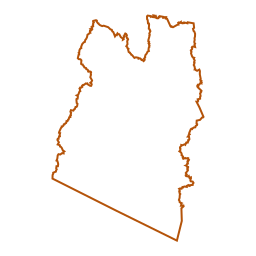 outline of Snowy Monaro, New South Wales, Australia
{"feature_id": "25037944B85069153423068", "entity_name": "Snowy Monaro", "entity_type": "district", "adm_level": 2, "iso_a3": "AUS", "parent_name": "Australia", "parent_adm1": "New South Wales", "projection": "natural_earth1", "projection_center": [149.043, -36.421], "detail": "fine", "context": "isolated", "style": "outline", "palette": "amber", "viewbox_px": 256, "rotation_deg": 0, "n_neighbors": 0, "source": "geoboundaries", "source_scale": "gbopen_adm2", "svg_char_len": 5656}
<svg xmlns="http://www.w3.org/2000/svg" viewBox="0 0 256 256"><path d="M201.5,90.8L197.7,87.2L197.8,86.7L197.2,86.0L197.4,85.6L198.2,85.9L198.1,84.7L199.3,84.6L200.1,83.3L201.3,83.4L201.1,82.9L201.6,82.5L200.8,81.4L201.4,80.9L200.2,79.8L200.7,78.9L199.8,74.2L199.9,71.1L199.3,69.6L197.1,70.8L195.6,70.0L195.3,69.2L194.7,69.3L194.9,68.5L194.5,66.3L193.8,65.3L193.8,64.6L194.4,63.7L194.1,62.7L194.5,62.3L194.2,61.6L194.7,60.4L193.7,58.8L194.2,57.8L193.1,57.5L192.2,56.6L191.0,53.2L191.5,51.9L191.1,51.4L191.2,50.7L190.9,50.3L192.1,49.1L192.2,48.2L191.8,47.6L192.2,46.8L193.3,46.5L195.1,47.0L194.5,44.6L195.1,43.7L194.4,42.8L194.3,41.5L194.7,39.9L194.5,38.2L195.0,36.5L195.1,33.8L194.3,31.5L193.6,31.0L193.0,28.8L194.1,27.8L193.6,23.3L187.7,22.3L187.5,23.3L184.2,22.5L184.1,23.1L182.3,23.3L181.8,23.1L181.9,22.8L180.8,22.6L180.8,22.0L180.2,22.4L180.3,22.7L178.7,22.4L178.3,22.7L178.8,23.3L178.4,23.4L178.4,24.5L178.1,24.4L173.0,27.2L171.2,26.8L171.3,26.2L170.4,26.1L167.1,18.8L165.9,18.6L166.2,17.1L163.9,17.1L163.8,17.8L163.1,17.8L163.1,16.8L159.8,16.2L159.6,17.0L158.7,16.8L158.4,18.2L157.4,18.3L156.4,18.1L156.0,16.7L155.7,17.1L155.1,17.1L155.1,16.2L154.5,16.1L154.6,15.6L153.5,15.4L154.0,17.2L152.2,17.0L152.1,16.5L150.7,16.1L150.5,16.4L150.3,16.0L147.7,15.6L147.0,16.3L147.1,19.2L147.7,20.1L148.0,23.4L148.9,23.5L149.1,24.5L148.8,28.7L149.8,29.5L149.8,30.3L150.4,31.1L149.3,33.5L149.8,34.9L149.3,35.4L149.4,36.4L148.3,40.3L148.6,41.0L148.4,41.4L149.1,41.9L148.6,43.2L149.4,43.6L149.0,44.7L149.5,45.4L149.2,46.0L149.4,46.9L148.9,47.3L148.7,48.1L148.5,49.7L148.9,51.0L147.6,51.6L146.6,53.7L145.5,54.9L145.0,56.7L145.2,57.2L144.1,58.6L144.7,59.3L144.5,60.2L143.6,61.1L142.2,59.8L141.5,60.0L141.0,59.1L139.9,58.3L138.5,58.7L138.3,57.8L135.9,57.3L134.4,57.9L132.1,55.1L131.2,54.7L131.0,54.0L129.9,53.0L129.9,52.6L128.7,52.0L128.1,49.6L128.5,48.9L127.5,48.2L127.4,47.3L126.3,46.3L127.5,44.2L127.2,41.1L128.1,39.3L127.6,38.4L127.1,38.4L126.4,36.5L126.9,35.3L126.1,33.9L125.3,33.5L124.7,34.4L124.3,35.7L123.8,36.1L124.2,36.7L123.5,38.2L123.7,39.2L122.9,39.7L123.0,38.7L120.8,37.1L119.3,34.3L118.3,34.2L117.5,33.4L116.9,35.0L116.3,34.7L115.0,36.4L113.3,32.0L112.3,31.4L111.8,29.8L110.5,29.4L108.2,27.2L103.7,25.7L102.2,26.1L100.1,25.2L98.9,24.2L98.5,23.4L97.9,23.3L96.6,21.3L96.8,20.6L96.0,20.2L93.2,20.9L93.1,21.7L93.8,22.5L93.1,23.4L93.2,24.8L92.8,25.2L93.2,26.2L92.7,26.7L92.4,26.4L91.7,26.9L92.0,27.2L91.7,27.8L92.1,28.7L90.7,29.0L91.7,29.9L91.2,30.4L90.7,30.1L90.4,30.6L90.3,30.3L90.0,30.5L89.9,31.3L90.2,32.4L89.8,32.3L89.6,33.3L87.5,34.7L87.0,37.2L86.2,38.9L85.3,39.9L84.8,42.0L83.9,42.2L82.2,44.1L81.1,47.0L81.3,48.1L80.2,48.7L79.4,50.3L79.3,52.1L78.7,52.8L79.1,53.2L79.2,54.5L78.6,54.8L77.8,58.2L78.7,59.1L80.5,59.3L81.4,60.3L81.1,63.9L81.7,64.4L82.7,64.5L83.2,65.7L83.9,66.2L84.3,67.4L86.1,68.1L86.3,69.2L87.5,69.6L88.4,70.7L88.1,71.4L88.3,71.7L90.5,71.6L90.9,71.9L91.1,72.4L90.7,73.8L91.0,74.7L90.3,77.2L92.1,80.5L91.5,81.8L90.3,82.8L91.4,83.6L91.7,84.4L91.2,85.8L90.2,85.8L88.0,84.5L87.3,83.5L86.9,83.8L85.9,83.4L83.6,85.1L83.1,84.9L82.6,85.2L82.0,85.9L82.3,86.9L81.4,87.6L80.2,87.5L79.5,88.6L80.0,89.2L79.9,90.3L80.3,91.1L79.4,91.7L78.2,94.8L76.8,95.4L77.6,95.9L77.9,96.6L77.6,98.7L76.6,98.9L76.4,99.8L76.7,103.0L77.5,103.8L77.1,106.1L76.5,106.9L75.5,107.0L74.9,108.9L74.3,109.1L73.4,110.6L70.9,110.2L70.4,111.8L71.1,112.7L70.8,114.0L70.9,115.2L70.4,115.2L70.1,115.9L70.3,117.1L69.2,117.3L68.6,119.5L68.0,119.7L67.6,121.0L67.0,121.4L66.5,121.2L66.1,123.0L65.1,123.5L64.6,124.3L63.8,124.3L63.4,125.6L62.3,126.6L61.7,126.5L61.6,127.3L60.9,128.1L59.1,132.2L59.0,132.8L60.1,133.1L59.7,134.7L59.9,136.2L59.2,136.2L58.5,138.3L58.6,138.7L57.7,138.9L57.4,139.9L58.9,142.3L57.7,144.5L59.8,145.2L60.0,146.5L60.7,146.7L61.7,147.8L62.8,150.3L64.3,151.4L63.4,152.0L63.6,153.4L62.0,153.2L60.3,154.5L58.5,154.2L57.7,155.4L57.3,158.7L56.5,160.6L57.4,161.0L58.0,163.0L58.2,164.2L57.9,166.2L56.5,166.2L56.2,168.4L56.7,169.4L56.0,170.6L55.9,171.6L53.2,172.7L53.2,173.8L52.6,175.0L52.5,178.6L116.9,211.0L176.9,240.6L181.8,220.9L181.4,208.3L183.6,206.3L183.4,205.5L181.0,205.7L181.4,204.5L181.0,203.4L181.5,203.1L179.7,202.2L179.5,200.9L178.9,200.0L179.6,197.9L179.8,194.7L180.3,194.0L179.4,192.8L179.7,191.6L179.3,191.2L179.7,190.8L179.5,190.4L179.7,189.4L179.2,188.8L180.1,188.4L181.6,188.7L182.4,187.1L183.1,187.4L183.4,186.9L184.4,186.5L186.8,186.9L186.8,185.9L188.3,185.1L189.2,186.0L189.9,185.8L189.9,185.2L192.7,184.9L192.7,184.1L193.5,182.9L192.7,181.6L190.7,181.3L190.3,180.0L191.0,178.2L190.9,177.3L189.5,177.9L188.8,176.0L188.2,176.5L186.1,176.1L185.7,175.6L185.7,175.2L186.7,174.5L185.8,173.0L187.9,170.4L187.8,169.4L187.3,169.3L187.3,168.2L188.1,167.6L188.1,166.9L187.0,166.6L186.5,165.8L185.8,165.5L186.7,165.1L187.1,163.9L187.9,163.6L187.5,162.3L188.0,161.7L187.5,161.2L188.1,160.3L188.6,160.1L188.3,159.5L188.6,159.4L188.2,158.9L188.2,158.2L187.5,158.1L186.0,158.5L185.3,158.0L183.3,158.8L182.7,157.7L183.2,157.1L183.0,156.5L181.5,155.1L181.8,154.3L181.1,152.5L179.4,151.3L180.3,150.3L180.4,148.8L180.1,148.7L180.0,147.3L181.3,145.8L181.3,145.0L182.3,145.3L184.6,144.3L185.2,144.7L185.3,144.1L186.0,143.6L186.2,142.6L186.9,142.3L187.7,142.6L188.3,141.2L188.1,140.2L189.0,139.9L189.4,139.2L189.0,136.7L187.9,136.6L188.6,135.7L188.6,135.1L189.7,134.3L189.1,133.6L189.3,132.7L190.8,129.2L191.4,128.7L192.2,129.0L192.4,128.5L193.8,127.5L195.3,127.3L195.7,125.9L197.0,125.1L197.2,124.2L196.5,123.5L196.7,120.6L200.0,119.9L202.1,117.5L203.1,117.4L203.5,116.9L199.4,107.3L196.5,101.7L197.7,101.7L198.2,100.9L197.7,99.3L200.1,98.7L200.1,96.8L200.6,96.0L200.1,93.6L200.4,93.4L200.6,92.0L201.2,91.9L201.5,90.8Z" fill="none" stroke="#b45309" stroke-width="2"/></svg>